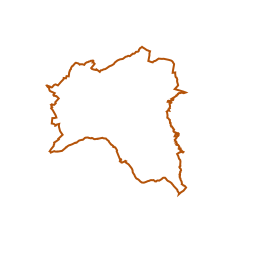 outline of Sona, Alba, Romania, rotated 322°
{"feature_id": "2599482B71316562161476", "entity_name": "Sona", "entity_type": "district", "adm_level": 2, "iso_a3": "ROU", "parent_name": "Romania", "parent_adm1": "Alba", "projection": "robinson", "projection_center": [24.009, 46.242], "detail": "fine", "context": "isolated", "style": "outline", "palette": "amber", "viewbox_px": 256, "rotation_deg": 322, "n_neighbors": 0, "source": "geoboundaries", "source_scale": "gbopen_adm2", "svg_char_len": 5814}
<svg xmlns="http://www.w3.org/2000/svg" viewBox="0 0 256 256"><g transform="rotate(322 128 128)"><path d="M137.1,210.7L137.1,209.1L136.9,208.2L136.3,207.5L136.2,206.5L135.8,205.4L136.2,205.2L137.3,203.1L137.5,201.4L137.7,200.8L138.3,200.0L138.2,199.0L138.8,198.3L138.8,198.1L139.3,197.9L139.9,197.2L139.7,196.9L139.9,196.7L139.9,196.4L140.4,196.1L140.7,196.2L141.1,195.5L141.5,195.3L142.1,195.1L142.3,194.5L143.2,194.3L143.8,194.0L144.4,192.4L144.2,191.7L144.4,190.4L145.0,190.1L145.3,190.3L145.9,190.2L146.6,189.0L148.7,186.7L149.4,185.4L149.3,183.6L150.3,181.1L150.7,178.7L152.5,178.8L155.4,179.6L156.2,181.1L156.9,181.0L156.2,179.6L156.4,179.3L156.4,179.0L155.9,178.8L155.5,178.4L155.8,178.2L155.7,177.6L156.4,177.4L156.5,177.2L156.3,177.2L155.6,176.3L156.2,176.0L155.8,175.6L156.5,175.5L156.6,174.9L156.4,174.4L157.0,174.1L157.1,172.2L156.1,171.6L155.8,170.9L156.6,170.8L157.1,170.2L157.1,169.6L156.6,169.0L157.3,168.9L157.6,168.6L157.5,167.6L157.2,167.1L157.5,167.0L157.6,166.1L159.6,165.8L161.2,165.1L160.1,163.8L159.6,163.3L161.9,162.2L162.6,163.5L163.0,165.0L163.7,164.7L163.9,163.8L164.4,163.7L164.4,163.3L164.3,162.9L163.9,162.8L163.1,161.5L162.9,161.5L162.6,161.0L162.8,160.9L162.7,160.6L161.9,159.7L161.8,158.6L161.9,158.3L162.7,158.0L162.8,157.7L163.3,157.6L163.2,156.1L163.4,156.1L163.5,153.7L163.0,153.5L163.2,152.3L163.7,151.8L164.4,150.5L164.7,150.3L164.7,150.1L164.3,149.8L165.8,147.5L165.6,147.4L165.6,147.1L165.8,145.4L165.3,144.1L167.0,142.3L168.6,139.4L168.6,138.9L170.1,138.9L170.6,139.1L171.1,139.7L171.4,138.2L173.1,138.2L173.1,137.7L173.8,137.4L174.4,136.9L174.8,136.3L175.6,134.5L177.7,134.7L177.7,134.4L177.1,133.7L176.7,133.0L175.4,131.8L176.2,131.3L176.6,131.4L177.3,132.2L177.9,132.8L179.3,133.3L179.9,133.1L180.2,133.2L180.5,133.6L180.8,133.7L181.2,133.5L181.8,132.9L181.6,132.6L181.0,132.7L180.3,132.6L180.0,132.3L179.9,131.8L183.2,132.2L186.1,132.5L186.2,132.1L187.8,132.3L188.6,132.1L188.6,131.8L189.5,131.8L190.1,132.1L190.7,132.7L192.5,133.3L192.9,134.4L193.4,134.9L195.4,135.6L195.2,135.2L194.7,134.8L194.3,133.8L188.8,126.1L193.7,125.3L193.9,125.1L193.9,124.9L194.6,123.4L194.7,122.9L195.5,121.3L195.8,121.1L195.9,120.8L196.2,120.5L196.7,120.1L197.3,118.2L196.9,117.5L197.1,116.7L198.8,114.0L199.4,113.3L197.2,112.0L198.5,110.7L203.5,106.2L203.7,105.9L203.8,104.3L204.0,103.1L203.8,102.1L203.4,101.2L202.0,99.3L198.8,95.5L197.0,94.2L195.4,92.7L195.1,92.5L194.9,92.2L194.0,92.1L193.3,92.2L192.7,92.0L192.1,92.1L190.7,91.9L190.1,91.5L189.2,91.4L188.6,91.3L187.9,91.5L187.0,90.4L185.3,87.7L189.6,84.0L190.8,82.4L192.6,81.1L191.9,80.1L191.4,79.0L190.8,78.3L189.9,75.3L189.5,74.5L189.0,72.7L188.2,72.8L186.9,72.5L184.8,73.1L183.9,73.9L183.5,74.0L182.9,74.0L181.1,72.9L179.4,73.3L178.6,73.2L177.9,72.8L177.4,72.3L176.3,72.5L175.4,72.4L174.3,72.6L173.9,72.6L173.5,72.4L173.0,71.6L172.5,71.2L171.5,71.1L169.9,70.4L166.8,70.4L166.3,70.3L164.0,69.0L161.3,68.3L158.0,68.3L156.1,68.9L155.3,68.8L153.5,68.6L151.7,68.0L151.1,68.0L150.7,67.8L150.0,67.9L149.5,67.8L148.4,67.8L146.4,67.6L144.9,66.8L143.0,66.4L142.0,65.8L141.3,66.0L140.3,66.4L139.6,63.6L139.2,62.3L138.5,62.6L136.8,60.6L135.9,59.1L135.9,58.1L141.2,56.9L141.1,55.1L140.5,54.6L142.0,53.9L142.0,53.4L141.4,52.9L140.6,52.6L140.2,52.2L139.3,52.1L138.7,51.9L138.3,51.6L136.9,51.4L136.1,50.9L134.4,50.7L132.4,51.3L131.5,49.9L130.8,49.3L129.6,48.4L128.9,48.3L128.7,46.7L127.1,44.5L126.0,44.4L124.9,44.7L124.1,44.7L123.3,45.1L121.9,44.9L120.9,45.3L119.8,45.8L119.2,46.5L118.1,46.6L117.5,46.9L116.9,47.5L116.1,47.8L113.1,50.8L111.5,49.3L109.7,50.6L108.1,49.0L107.2,49.9L103.5,50.4L99.0,51.3L97.8,49.1L96.7,48.7L96.1,48.6L95.4,48.8L94.1,48.9L93.8,49.1L93.4,49.2L92.7,48.9L92.2,48.2L92.1,47.5L90.7,45.3L90.4,44.6L90.1,44.5L90.0,46.2L90.4,47.6L90.2,48.2L89.8,48.9L89.3,50.3L89.4,51.1L91.7,55.4L89.6,56.0L89.8,56.8L89.6,57.1L90.0,57.4L90.8,58.6L91.0,58.5L91.2,58.8L91.6,61.4L91.6,62.1L86.6,62.9L86.4,63.2L86.3,64.0L84.2,64.3L82.3,62.8L83.2,61.9L82.1,62.7L81.6,62.5L81.5,63.6L80.8,64.1L81.0,65.0L79.6,65.2L79.7,67.2L79.6,68.2L78.8,73.4L78.0,75.7L76.0,74.8L74.5,73.6L70.7,77.5L72.0,79.0L72.7,81.1L72.2,81.5L72.4,81.6L73.9,81.4L76.2,82.4L75.3,83.1L74.2,84.8L72.7,88.3L72.5,89.1L72.3,93.1L66.4,93.6L66.4,94.4L63.4,94.3L60.8,94.0L60.2,95.1L59.1,95.6L58.4,96.4L54.4,97.3L52.2,98.1L52.3,98.2L52.0,99.8L55.6,100.8L55.7,101.2L56.8,102.4L57.9,103.0L58.0,103.3L61.9,105.4L65.7,105.3L67.0,105.1L67.4,105.3L67.7,105.1L67.9,105.3L69.0,105.1L71.2,105.4L71.6,105.7L74.2,106.5L77.4,107.1L77.5,107.5L78.5,107.9L78.9,107.9L79.2,107.8L81.9,107.8L84.5,109.0L84.8,109.3L85.2,109.5L88.0,109.3L88.8,109.6L90.4,110.7L90.7,111.0L90.8,111.4L92.5,113.4L93.3,113.5L93.5,113.7L93.8,114.2L94.4,115.8L95.0,116.4L97.0,117.5L97.4,118.0L97.8,117.9L98.5,118.4L101.8,120.0L102.3,121.0L104.1,122.7L104.2,124.0L104.8,126.6L104.5,127.3L104.5,128.6L104.6,130.0L104.4,130.2L104.6,131.1L104.9,131.5L105.1,132.2L105.3,133.7L104.9,133.8L105.3,134.4L105.2,134.5L106.0,135.4L105.8,137.5L105.6,138.9L104.8,139.3L102.4,147.7L102.8,147.7L103.2,148.1L103.2,148.6L103.1,148.8L102.4,148.6L101.1,149.1L101.1,149.4L101.7,149.9L101.5,150.8L101.5,151.1L101.8,151.4L102.2,151.7L103.5,151.9L104.5,152.4L105.6,152.2L105.9,152.8L105.1,152.8L105.1,154.1L106.1,157.0L106.1,161.4L105.9,163.1L105.3,164.6L104.6,165.5L104.3,166.8L104.2,168.8L103.7,170.4L103.5,172.7L103.6,173.3L104.1,173.9L104.6,175.7L104.8,177.7L105.3,179.4L106.4,180.5L107.2,181.0L108.7,181.5L111.0,182.1L112.0,182.6L113.6,183.0L114.4,183.5L115.1,184.2L116.0,184.7L116.4,186.0L116.4,186.6L117.2,187.4L118.1,187.3L119.1,187.6L120.2,188.7L123.2,189.0L124.4,188.8L125.1,188.9L126.5,189.9L126.7,191.2L126.6,193.0L126.8,194.1L127.8,196.2L128.4,198.3L128.3,198.9L128.4,200.8L128.3,201.8L128.8,207.0L128.3,207.9L128.1,210.5L127.7,211.2L127.3,211.5L130.1,211.3L133.1,211.6L137.1,210.7Z" fill="none" stroke="#b45309" stroke-width="2"/></g></svg>